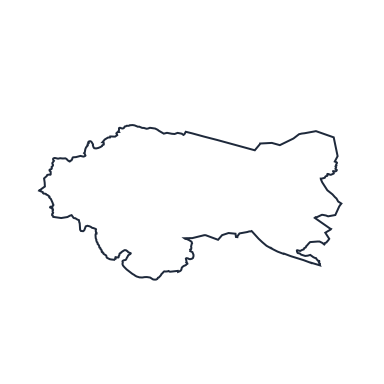 outline of Cirmas pag., Ludzas, Latvia, rotated 199°
{"feature_id": "27541924B88018197851327", "entity_name": "Cirmas pag.", "entity_type": "district", "adm_level": 2, "iso_a3": "LVA", "parent_name": "Latvia", "parent_adm1": "Ludzas", "projection": "equal_earth", "projection_center": [27.6, 56.52], "detail": "fine", "context": "isolated", "style": "outline", "palette": "slate", "viewbox_px": 384, "rotation_deg": 199, "n_neighbors": 0, "source": "geoboundaries", "source_scale": "gbopen_adm2", "svg_char_len": 6031}
<svg xmlns="http://www.w3.org/2000/svg" viewBox="0 0 384 384"><g transform="rotate(199 192 192)"><path d="M282.8,219.3L287.4,217.9L287.3,216.9L289.2,216.1L291.6,213.2L292.8,210.1L292.0,210.4L291.7,210.1L291.8,209.5L291.0,208.8L290.9,208.1L291.9,207.1L292.1,206.7L292.0,206.2L293.2,204.7L295.0,203.1L296.8,202.0L298.6,201.6L299.2,201.9L299.9,202.5L301.0,204.0L301.1,204.8L303.3,206.6L304.0,206.9L304.9,206.9L306.1,206.0L306.3,205.2L305.6,204.8L305.5,204.5L306.3,203.1L305.7,202.1L305.8,201.8L306.2,201.4L306.3,201.0L306.2,200.8L306.7,199.7L306.8,197.7L306.3,194.6L306.7,193.6L305.7,193.1L304.6,191.7L304.8,191.3L305.6,190.5L306.3,190.1L309.2,189.8L313.1,187.2L315.7,186.1L316.0,185.7L316.1,184.6L316.0,184.0L316.3,182.6L317.2,182.0L317.3,181.3L317.6,181.0L317.9,181.0L319.8,181.5L321.4,182.4L322.6,182.6L325.1,181.6L327.7,181.0L329.5,179.9L332.2,179.6L333.0,179.4L333.7,178.9L334.1,178.4L334.0,177.7L333.4,176.8L332.7,176.5L333.5,173.8L332.9,172.9L332.4,172.6L332.1,171.8L332.3,171.1L332.9,169.9L332.3,169.0L332.4,167.9L333.7,166.9L333.9,166.4L333.6,165.8L332.2,165.1L331.4,162.8L331.5,162.3L332.8,161.9L334.3,161.1L334.5,160.7L334.5,159.9L336.3,156.7L334.3,152.8L332.9,149.3L335.6,145.5L335.7,144.8L336.8,144.2L337.0,143.5L333.1,143.3L332.7,142.6L332.1,142.3L331.5,142.2L330.9,142.5L329.7,142.6L329.3,142.5L328.9,142.1L327.7,142.1L325.3,141.3L325.2,140.4L323.2,139.5L320.2,136.3L319.6,135.3L319.1,135.1L318.8,134.5L318.8,134.1L319.2,133.4L319.3,132.8L319.7,132.5L320.7,132.2L321.1,131.9L321.2,131.3L320.9,131.1L320.4,131.2L319.8,131.0L318.6,131.2L318.4,130.9L318.4,130.4L317.8,130.2L317.8,129.8L317.5,129.3L317.7,128.9L317.3,127.8L316.6,127.3L316.6,126.4L317.0,125.8L316.8,125.4L316.9,124.9L316.6,124.4L315.2,123.8L315.0,123.3L307.2,124.8L301.6,127.8L299.8,129.8L298.3,130.9L295.6,129.0L294.9,128.9L293.8,129.2L291.3,128.6L289.8,128.6L288.5,126.3L288.1,126.1L285.5,119.9L284.3,119.0L282.2,119.5L281.6,120.4L281.4,120.9L281.3,124.9L279.9,126.0L277.8,126.2L276.4,126.1L274.7,125.6L273.4,125.8L270.9,125.7L270.5,125.3L270.5,124.3L270.2,123.5L269.0,122.3L269.3,122.0L268.9,121.4L269.3,121.2L269.4,120.7L269.1,119.6L268.3,117.7L267.8,116.7L266.9,115.8L266.8,115.2L266.1,114.2L265.8,113.8L265.0,113.5L264.9,113.1L264.2,112.4L264.2,112.1L262.7,111.3L261.9,110.3L261.9,110.1L261.5,109.4L260.5,109.2L260.1,108.4L259.6,108.3L258.5,107.5L258.3,107.2L258.5,107.1L258.3,106.7L257.5,106.3L257.6,106.2L257.6,105.9L256.2,105.4L255.9,105.4L255.7,104.9L255.4,104.7L252.7,104.1L252.1,103.6L251.5,102.5L250.9,102.1L247.9,101.7L246.5,101.9L243.4,102.6L243.2,103.4L242.5,103.9L242.5,104.8L243.1,105.1L243.1,105.5L240.5,106.0L240.2,106.3L240.2,106.8L240.4,107.8L240.1,108.9L240.4,109.7L240.3,110.4L239.4,111.4L239.2,112.1L238.0,113.7L237.0,114.9L236.5,115.2L235.3,115.4L233.6,114.9L232.6,114.3L230.3,114.2L230.0,114.1L230.1,113.3L231.4,111.8L231.8,111.1L231.8,110.0L232.1,109.1L232.4,106.6L232.8,106.1L234.4,105.1L235.1,104.3L235.1,103.6L234.4,102.6L234.4,101.6L234.2,101.1L233.4,100.1L232.0,99.2L228.6,97.5L221.8,95.2L219.3,94.7L218.6,94.4L216.9,94.1L213.8,94.2L211.1,95.0L209.3,96.0L207.0,96.9L203.7,97.5L200.6,96.7L199.5,96.8L197.6,97.4L196.5,98.5L196.3,99.8L195.6,100.3L195.4,100.7L194.4,102.9L194.1,104.6L193.8,105.0L192.7,107.5L192.4,107.9L190.8,108.3L188.9,109.2L188.6,109.6L188.4,109.7L187.3,109.4L186.5,109.6L179.7,112.8L179.2,111.9L177.7,113.2L177.1,114.0L176.8,115.0L177.0,117.1L176.6,118.1L175.7,119.4L174.1,120.8L173.5,122.1L173.0,122.6L173.1,123.0L174.5,123.6L174.3,124.1L176.1,127.0L176.0,127.3L175.8,127.6L174.4,127.9L173.2,127.7L172.0,127.8L170.4,128.8L169.6,130.0L169.7,131.9L170.2,133.2L172.1,135.3L174.4,135.5L174.4,136.2L175.0,136.8L174.9,137.1L174.3,137.5L174.2,137.9L174.5,139.2L175.1,140.1L175.4,143.0L175.2,143.4L176.0,144.6L176.5,144.9L178.8,145.5L181.4,145.8L183.1,145.5L184.1,145.8L176.7,148.5L166.3,155.2L164.9,155.6L151.8,155.3L149.5,161.0L144.1,165.1L137.3,166.7L135.8,163.8L134.4,164.1L134.6,165.1L133.6,168.3L126.8,172.1L125.0,173.4L123.6,173.9L123.0,174.5L122.7,174.4L113.8,169.5L109.1,167.4L104.0,165.4L98.9,164.5L98.9,164.8L96.8,164.2L91.7,163.5L85.2,163.3L85.1,163.7L77.5,163.5L64.5,163.9L56.4,163.7L56.5,163.9L47.1,164.3L47.7,165.0L47.5,165.4L47.7,165.9L48.4,166.2L48.6,166.4L48.9,166.5L49.0,166.8L49.7,167.4L49.7,167.7L49.2,168.0L49.3,168.2L50.0,168.0L51.1,168.4L52.4,169.1L53.1,169.8L54.5,169.7L56.1,169.9L59.7,171.0L61.8,169.5L64.1,168.4L68.4,168.3L70.2,169.0L71.8,168.7L72.3,168.8L73.3,169.8L73.8,170.9L73.6,171.2L70.5,171.5L69.0,173.1L67.7,174.1L67.6,175.4L66.4,176.7L66.4,177.9L66.0,178.5L64.9,181.3L64.0,183.1L56.8,186.2L55.3,186.7L52.2,186.3L49.0,185.1L49.9,185.7L50.1,186.2L49.9,186.8L48.4,188.1L48.2,189.0L47.5,190.5L47.0,192.4L52.7,196.9L48.7,201.7L48.5,202.3L49.6,202.4L67.5,207.5L66.9,208.5L65.7,208.9L61.9,212.6L61.2,212.9L57.7,213.4L55.4,213.3L49.0,216.9L48.1,226.2L47.7,227.7L47.0,229.7L50.7,230.6L53.3,232.9L55.2,233.7L58.4,235.5L64.6,237.7L72.0,243.5L74.3,246.0L74.6,246.6L73.7,246.9L71.3,248.5L71.0,248.9L71.0,249.8L70.7,250.4L69.5,251.2L69.3,251.7L69.4,252.3L69.9,252.8L69.7,253.2L68.7,253.4L67.1,253.3L66.3,253.5L64.4,255.2L64.0,255.7L64.1,256.1L64.6,256.9L65.3,257.4L65.3,257.7L63.1,258.2L62.4,258.9L62.2,259.7L62.4,260.1L63.7,260.4L64.0,260.9L63.8,262.2L64.7,263.0L64.5,263.6L64.1,264.0L64.6,264.5L64.6,265.1L64.4,266.7L64.5,266.9L65.1,267.2L66.9,267.3L66.0,273.3L75.8,289.8L94.6,289.9L104.7,284.2L107.2,283.0L109.6,281.5L113.5,275.6L124.2,264.9L132.5,264.4L143.4,260.0L143.3,259.5L146.2,251.9L184.9,249.4L198.6,248.3L211.0,247.5L217.5,246.9L218.0,244.1L218.7,243.2L220.7,243.8L224.9,243.2L227.3,241.2L230.0,240.5L234.9,239.8L237.7,238.0L243.7,239.2L244.6,239.6L247.5,240.0L252.7,239.0L254.4,237.6L255.6,237.0L258.3,236.9L260.0,236.4L263.2,236.6L264.4,236.1L267.9,236.3L269.8,236.0L272.5,234.9L272.6,234.6L273.6,233.9L275.4,233.3L276.0,232.5L276.9,232.0L277.3,230.3L277.6,229.9L278.7,229.3L281.0,229.3L281.7,228.8L281.8,228.5L281.2,227.0L281.3,225.7L280.5,225.0L281.9,224.4L282.6,223.0L282.5,222.6L281.6,222.0L281.2,221.4L282.8,219.3Z" fill="none" stroke="#1e293b" stroke-width="2"/></g></svg>